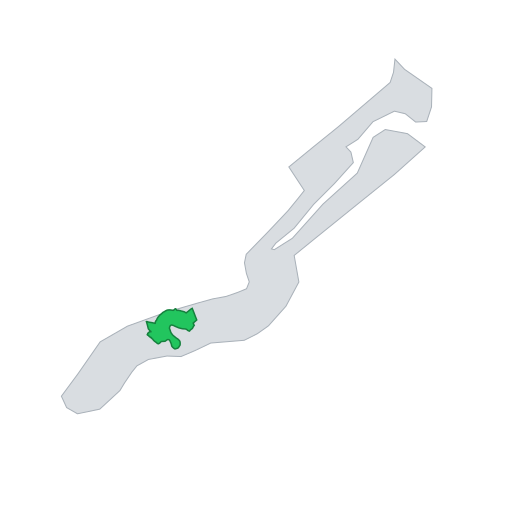 Upper Fuladu West, Central River, Gambia shown in context, rotated 140°
{"feature_id": "56634734B91081024976770", "entity_name": "Upper Fuladu West", "entity_type": "district", "adm_level": 2, "iso_a3": "GMB", "parent_name": "Gambia", "parent_adm1": "Central River", "projection": "albers", "projection_center": [-14.638, 13.443], "detail": "fine", "context": "in_parent", "style": "filled", "palette": "green", "viewbox_px": 512, "rotation_deg": 140, "n_neighbors": 0, "source": "geoboundaries", "source_scale": "gbopen_adm2", "svg_char_len": 4259}
<svg xmlns="http://www.w3.org/2000/svg" viewBox="0 0 512 512"><g transform="rotate(140 256 256)"><path d="M56.3,230.8L97.3,229.5L146.9,230.5L201.0,231.5L226.4,231.9L239.9,208.5L265.3,198.3L291.3,194.5L304.9,195.6L319.2,199.0L346.6,218.4L363.7,222.8L378.1,227.2L388.5,236.6L404.9,245.9L417.8,248.4L425.5,246.9L438.2,243.3L446.7,240.4L474.1,239.1L494.2,249.9L498.5,261.6L495.2,273.7L468.1,280.2L430.6,290.4L399.6,284.9L361.8,271.1L339.7,261.3L330.6,257.3L316.8,251.0L304.8,244.2L293.2,239.8L284.3,237.0L277.8,240.5L274.5,248.9L269.2,258.2L262.4,263.6L230.8,266.8L202.4,270.1L187.1,273.0L176.9,275.1L173.6,303.1L141.4,302.7L109.8,302.1L77.0,302.4L41.7,302.7L32.6,308.3L23.0,317.5L22.2,303.4L13.5,271.3L25.7,257.4L38.8,249.3L47.6,256.0L50.2,269.0L56.9,278.0L80.0,283.7L102.9,279.9L116.9,281.8L116.5,274.6L121.4,265.0L149.2,261.1L178.6,258.5L208.9,252.8L232.5,253.1L239.6,251.5L237.9,249.1L216.7,246.2L171.3,252.7L125.1,254.4L90.0,271.6L75.7,269.8L61.3,252.3L56.3,230.8Z" fill="#d9dde1" stroke="#a8b0b8" stroke-width="1"/><path d="M347.9,242.6L347.9,242.8L347.8,243.2L347.8,243.3L347.8,243.5L347.7,243.6L347.5,243.8L347.5,244.2L347.5,244.3L347.6,244.6L347.7,244.8L347.8,244.8L347.3,245.0L346.8,245.0L342.5,245.1L342.0,246.6L341.3,248.7L340.1,252.1L339.5,253.9L338.5,256.9L339.4,257.1L340.1,257.2L343.1,257.2L343.4,257.2L344.1,257.2L345.0,257.3L346.1,257.3L346.5,258.5L346.7,259.1L347.1,259.8L347.5,260.4L347.7,260.6L348.0,261.1L348.3,261.5L348.6,261.8L349.0,262.5L349.2,262.8L349.5,263.2L349.6,263.3L350.1,264.0L350.4,264.3L350.7,264.5L350.9,264.7L351.1,264.8L351.5,265.2L351.6,265.4L351.5,265.7L351.4,266.4L351.5,267.2L351.8,267.5L352.1,267.5L354.1,267.4L354.9,268.1L355.2,268.6L355.9,269.2L356.3,269.8L357.1,270.5L357.8,271.0L358.4,271.4L358.9,271.7L359.3,271.8L359.7,271.8L360.1,272.0L361.1,272.2L361.5,272.2L362.2,272.3L362.5,272.4L362.8,272.5L363.2,272.6L363.4,272.6L363.6,272.6L364.1,272.6L364.6,272.6L365.0,272.5L365.8,272.5L366.5,272.5L366.8,272.6L367.6,272.5L368.2,272.5L368.8,272.3L369.3,272.3L369.9,272.2L370.4,272.0L370.7,272.0L371.2,271.8L371.6,271.7L372.1,271.5L373.1,271.0L373.5,270.7L374.3,270.7L374.9,270.5L375.3,270.2L375.6,270.1L375.9,269.9L376.0,269.6L376.5,269.2L376.7,269.3L377.2,270.1L378.1,271.2L378.4,271.7L380.7,274.3L380.8,274.5L381.1,274.9L381.4,275.5L381.9,276.1L382.1,276.2L383.4,273.3L385.3,269.4L385.3,266.9L385.0,265.9L385.1,265.7L385.2,265.8L385.3,265.8L385.6,266.2L385.8,266.4L386.0,266.4L386.2,266.1L386.9,266.4L387.2,266.4L387.7,266.2L387.8,266.2L388.0,266.4L388.7,266.3L389.1,265.9L389.3,265.8L389.5,265.8L389.6,265.7L389.9,265.6L389.9,265.2L389.7,264.7L389.5,264.1L389.5,263.5L389.5,263.3L389.5,263.1L389.4,262.4L389.2,262.0L389.1,261.4L388.9,261.4L388.8,261.1L389.0,261.1L389.0,260.9L389.0,260.7L388.8,260.4L388.8,259.8L388.8,259.7L388.6,258.7L388.6,258.1L388.7,257.5L388.5,255.9L388.1,254.3L388.0,254.2L387.9,253.3L387.8,252.5L387.4,251.7L387.2,251.5L386.0,251.2L384.5,251.3L384.0,251.4L383.5,251.3L383.1,251.1L381.0,249.5L380.6,249.2L380.2,249.1L378.3,249.0L378.1,249.0L377.3,248.7L377.0,248.4L376.7,248.1L376.4,247.7L376.3,247.3L376.4,247.1L376.5,246.0L376.8,245.3L376.8,245.2L377.2,243.8L377.5,243.0L378.4,241.3L378.5,240.6L378.5,239.6L378.2,237.9L378.0,237.2L377.6,236.8L377.1,236.5L376.8,236.4L376.3,236.2L375.2,235.7L374.8,235.7L374.1,235.7L373.4,236.0L372.3,236.3L371.6,236.5L371.2,236.8L370.6,237.4L369.9,238.3L369.4,239.0L369.0,240.3L369.0,240.6L369.1,241.1L369.2,242.5L369.8,244.4L370.0,245.5L370.3,247.1L370.6,248.6L370.6,249.0L370.6,249.5L370.6,249.8L370.5,250.6L370.5,251.1L370.4,251.8L370.3,252.5L370.2,252.6L369.7,253.8L369.3,254.8L369.0,255.7L368.9,255.9L368.8,256.3L368.2,256.8L367.5,257.3L366.8,257.6L366.2,257.7L365.4,257.6L365.1,257.5L365.0,257.4L364.7,257.0L364.6,256.9L364.0,256.0L363.8,255.7L363.7,255.4L363.3,254.5L363.2,254.2L363.0,253.9L362.9,253.6L362.6,253.1L362.4,252.7L362.0,251.9L361.8,251.5L361.6,251.1L361.4,250.7L360.7,249.7L360.5,249.4L359.7,248.3L359.3,247.8L359.0,247.4L358.5,247.0L358.3,246.7L357.9,246.4L357.1,245.6L356.6,244.9L356.2,243.9L356.2,243.3L356.2,243.1L355.9,242.4L355.8,242.1L355.2,241.2L354.5,241.4L353.9,241.5L353.1,241.5L351.9,241.4L351.6,241.4L351.3,241.4L350.3,241.8L349.4,242.2L347.9,242.6L347.9,242.6Z" fill="#22c55e" stroke="#15803d" stroke-width="1.5"/></g></svg>